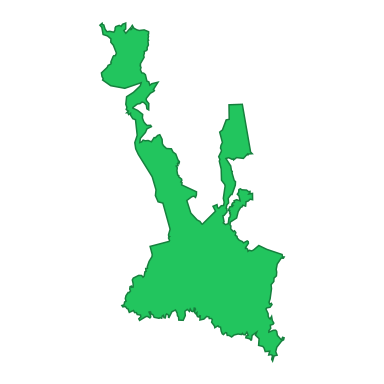 Villa Sola de Vega, Oaxaca, Mexico
{"feature_id": "50627088B41601938824535", "entity_name": "Villa Sola de Vega", "entity_type": "district", "adm_level": 2, "iso_a3": "MEX", "parent_name": "Mexico", "parent_adm1": "Oaxaca", "projection": "equal_earth", "projection_center": [-97.07, 16.572], "detail": "fine", "context": "isolated", "style": "filled", "palette": "green", "viewbox_px": 384, "rotation_deg": 0, "n_neighbors": 0, "source": "geoboundaries", "source_scale": "gbopen_adm2", "svg_char_len": 6043}
<svg xmlns="http://www.w3.org/2000/svg" viewBox="0 0 384 384"><path d="M159.1,318.3L159.9,317.7L161.7,318.2L162.3,315.9L163.4,315.3L164.0,317.7L165.3,317.9L165.9,314.9L166.7,313.9L168.5,315.2L168.5,317.3L169.0,317.5L171.9,311.7L175.5,310.0L177.1,313.0L177.5,315.8L178.5,316.9L178.8,320.1L183.2,320.3L185.3,315.6L184.9,311.3L187.2,309.4L189.4,311.4L190.2,309.0L191.5,311.2L192.9,311.6L193.9,310.6L194.2,308.1L195.0,308.2L195.5,309.2L194.5,311.0L194.6,312.4L195.6,313.7L196.9,312.6L196.7,314.8L197.5,316.6L199.4,317.1L199.8,315.7L200.3,315.8L199.9,320.0L203.9,319.1L206.7,316.4L209.0,317.0L209.2,318.5L211.3,318.5L212.3,319.6L211.6,322.2L214.5,326.1L214.8,327.7L218.0,325.8L219.0,327.0L220.5,327.1L221.2,331.1L222.2,333.7L223.4,334.6L225.6,332.6L226.6,332.8L227.2,335.4L229.0,335.4L231.6,337.0L234.1,335.0L238.0,334.0L241.5,334.5L242.4,333.4L243.2,334.5L245.1,334.8L246.9,332.2L248.2,335.2L246.2,336.1L245.8,337.8L249.7,338.8L251.0,340.2L251.5,339.9L252.1,335.4L256.7,332.1L255.4,335.1L259.1,338.7L258.6,345.4L262.8,346.4L264.1,348.1L265.2,351.6L269.7,351.2L268.7,355.0L271.0,354.6L272.5,355.5L271.7,359.3L272.6,361.0L274.1,355.9L277.1,355.2L275.7,351.7L276.8,347.2L281.6,341.0L283.6,339.8L284.1,337.8L282.6,337.3L281.7,339.4L280.9,339.4L277.4,335.4L276.7,331.4L275.6,330.2L273.3,330.3L268.8,332.2L268.8,330.8L270.7,328.4L270.3,325.2L273.0,324.3L273.8,323.1L272.3,320.5L271.6,316.4L270.1,319.0L269.0,317.9L268.2,316.4L268.1,313.6L265.9,309.0L267.0,307.8L270.0,307.3L272.0,304.6L271.3,303.3L269.7,304.1L269.0,302.2L270.1,298.9L271.5,288.7L271.1,284.7L273.8,281.5L274.0,278.1L276.4,275.9L276.7,272.1L276.2,269.4L277.2,264.1L281.2,258.1L283.4,258.2L284.1,257.0L282.5,256.9L282.1,254.5L266.9,249.4L258.8,245.5L253.4,250.1L251.5,250.9L249.4,250.3L248.0,251.3L247.6,249.3L246.6,248.3L245.5,248.5L245.5,247.6L248.4,243.4L248.2,241.6L247.2,240.9L243.5,242.9L242.4,241.6L239.3,240.2L237.3,238.1L237.0,236.3L235.3,235.3L235.8,232.5L234.5,230.8L233.4,231.6L230.7,228.8L230.9,226.0L230.0,224.8L230.3,222.1L236.6,218.0L238.2,211.6L240.6,207.5L242.1,206.8L242.7,205.3L245.2,205.8L245.6,206.7L246.0,201.8L248.3,201.0L250.1,199.2L252.6,199.7L252.5,193.4L248.9,194.0L250.0,192.6L250.0,191.4L248.6,191.7L246.6,190.1L241.9,189.8L240.3,188.8L238.9,189.6L238.6,192.4L237.3,194.2L239.0,196.0L240.1,200.8L236.6,199.7L234.0,200.8L234.4,202.2L232.6,203.0L231.9,204.4L233.0,205.2L231.8,205.7L232.3,206.5L229.9,206.8L228.9,209.0L228.6,210.3L229.7,210.6L229.3,211.7L230.2,212.7L229.7,213.7L230.5,214.2L230.1,216.9L229.0,217.8L228.2,223.7L225.4,224.6L223.3,222.9L224.0,221.7L222.9,215.8L224.1,215.4L227.0,211.9L226.9,208.8L226.1,208.2L226.9,204.8L228.6,202.9L228.2,198.3L231.0,194.5L232.0,194.5L235.3,185.3L235.5,181.7L234.2,180.4L232.0,172.8L232.3,171.5L231.4,170.5L230.7,165.9L225.9,158.5L228.7,157.7L232.1,159.3L233.3,159.0L233.6,159.9L236.6,157.6L243.4,158.4L247.5,154.0L248.0,154.8L248.5,154.0L252.2,153.7L250.6,152.1L242.3,104.3L229.0,104.8L229.2,119.3L226.2,119.9L222.4,130.0L219.7,132.1L222.4,142.5L221.0,145.4L220.5,148.1L221.4,150.1L221.3,151.3L218.7,156.7L219.9,159.4L219.3,161.1L221.2,169.1L221.5,180.2L224.7,184.4L225.1,186.1L223.3,198.4L224.2,202.1L223.6,205.5L221.3,205.7L218.7,208.3L217.6,207.7L217.0,204.6L213.0,206.3L215.5,211.2L202.5,224.1L201.7,223.9L199.9,221.4L197.2,220.0L190.8,213.1L186.8,200.5L191.8,196.7L194.0,196.2L195.5,197.4L196.4,195.0L196.5,191.8L181.7,184.9L182.0,182.6L180.8,181.9L181.8,180.6L181.6,179.1L178.7,176.8L178.8,175.6L177.7,175.1L176.9,170.5L177.3,167.8L176.2,166.1L178.0,165.6L177.5,163.7L178.9,163.6L178.3,162.4L179.3,162.4L179.4,161.6L177.9,159.8L175.8,154.1L173.0,152.0L171.4,148.8L166.5,148.5L163.6,145.8L162.4,143.8L162.1,139.3L159.8,134.7L157.7,135.4L155.4,137.7L154.1,137.6L151.4,141.8L148.1,140.5L145.1,140.8L143.1,140.1L141.6,141.9L139.7,142.6L140.4,138.3L145.4,132.5L147.0,128.8L151.4,126.6L150.6,125.3L147.0,125.4L145.3,123.7L143.8,121.8L142.4,118.0L142.7,114.4L137.6,110.4L132.8,108.1L132.8,107.5L137.4,104.0L140.0,103.6L142.1,102.0L144.1,102.7L146.3,105.0L146.9,108.8L148.7,109.9L148.8,103.5L146.8,101.1L146.1,99.4L146.4,98.2L150.3,93.3L153.8,91.3L154.4,90.4L153.4,89.5L158.0,82.2L151.8,83.7L149.8,85.2L148.8,81.8L146.9,81.1L145.4,74.7L143.7,73.2L141.8,72.9L140.4,69.9L141.0,67.3L140.1,65.8L140.6,65.0L140.2,64.1L144.1,57.3L143.7,55.3L144.4,53.2L144.2,51.5L146.6,50.5L147.2,49.5L147.1,47.4L148.4,45.0L147.9,40.9L148.6,40.3L148.0,38.9L148.5,36.2L148.0,34.7L148.6,34.0L148.6,31.7L144.2,29.9L139.2,30.5L136.8,29.8L133.9,28.2L132.3,25.4L131.7,26.3L132.6,27.7L131.5,28.4L131.5,29.4L130.8,29.6L130.5,28.0L125.8,33.3L123.8,30.5L125.7,29.0L125.7,23.0L122.5,24.3L121.2,26.3L119.2,25.4L115.8,26.6L115.1,27.9L115.0,30.2L113.8,32.2L109.8,31.3L106.9,31.7L105.1,29.2L103.8,25.0L102.3,24.4L102.1,23.3L99.9,25.2L101.8,27.4L103.1,34.5L107.4,35.9L110.9,38.8L110.8,42.2L113.4,45.3L116.4,53.1L115.4,55.6L113.8,55.7L113.1,56.5L110.8,62.2L111.3,62.8L110.7,64.1L108.1,65.4L107.2,67.4L101.4,72.9L102.0,76.5L103.2,78.8L102.6,80.0L110.7,85.7L124.8,88.3L141.2,82.7L140.2,85.9L133.4,92.4L126.6,96.7L125.8,104.3L126.9,107.3L126.2,109.5L128.4,111.1L126.8,112.7L128.0,112.7L128.6,114.5L130.5,113.3L130.5,115.0L132.8,118.7L135.5,119.7L137.2,135.3L134.8,142.6L135.7,148.8L138.3,154.4L152.2,176.8L156.0,189.9L155.4,195.6L158.1,201.8L162.9,203.1L170.1,229.2L168.5,234.9L168.7,236.3L169.6,236.6L168.5,238.0L169.6,240.4L169.1,241.4L150.1,246.4L152.2,254.4L152.0,256.6L149.1,261.4L147.3,266.5L147.4,268.3L145.7,268.5L146.0,271.4L144.9,271.8L144.2,276.0L143.0,277.2L141.6,275.5L138.7,275.4L133.3,278.1L132.3,280.0L133.1,283.3L133.2,287.0L131.8,287.3L131.5,286.1L130.1,286.6L129.7,289.1L130.5,291.0L129.1,292.6L128.2,292.4L126.0,295.6L125.3,298.6L126.0,301.2L124.6,302.0L124.0,304.9L121.9,305.5L122.8,306.9L125.4,306.5L126.9,308.5L128.0,308.9L129.3,312.4L133.5,310.5L134.6,312.6L136.4,312.6L137.2,314.5L140.5,315.0L140.8,316.8L138.8,318.8L139.6,320.4L146.1,316.5L147.7,316.5L149.9,317.9L150.7,317.0L150.6,315.6L149.0,312.1L150.1,311.7L150.7,312.1L150.8,313.7L153.0,314.8L154.1,317.3L159.1,318.3Z" fill="#22c55e" stroke="#15803d" stroke-width="1.5"/></svg>